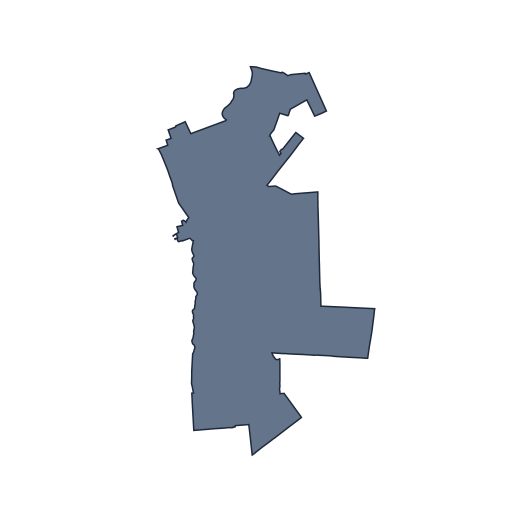 the district of Urziceni, Ialomita, Romania, rotated 135°
{"feature_id": "2599482B56726555182080", "entity_name": "Urziceni", "entity_type": "district", "adm_level": 2, "iso_a3": "ROU", "parent_name": "Romania", "parent_adm1": "Ialomita", "projection": "albers", "projection_center": [26.651, 44.737], "detail": "fine", "context": "isolated", "style": "filled", "palette": "slate", "viewbox_px": 512, "rotation_deg": 135, "n_neighbors": 0, "source": "geoboundaries", "source_scale": "gbopen_adm2", "svg_char_len": 5916}
<svg xmlns="http://www.w3.org/2000/svg" viewBox="0 0 512 512"><g transform="rotate(135 256 256)"><path d="M423.2,176.7L423.3,176.6L419.9,173.8L419.8,173.6L419.6,173.5L413.0,167.9L409.3,164.8L408.1,163.7L407.8,163.5L407.3,163.1L402.6,158.9L395.6,153.0L395.2,152.3L394.0,151.3L393.8,151.1L393.5,151.4L392.4,150.4L392.2,150.3L392.1,150.2L391.8,150.0L391.7,150.0L391.3,150.1L391.2,150.2L390.7,150.8L380.3,141.9L385.2,135.7L386.3,134.3L399.4,118.0L396.4,117.4L395.2,117.4L391.0,116.9L386.7,116.4L385.9,116.3L382.8,115.8L378.0,115.1L373.2,114.5L370.6,114.0L370.3,114.0L368.1,113.7L353.4,111.8L342.6,110.3L338.1,109.7L337.8,110.7L337.3,114.0L333.3,139.0L336.4,141.7L335.6,142.5L335.0,143.2L333.5,145.2L332.6,145.9L331.4,146.8L330.7,147.5L329.4,149.0L328.7,149.7L327.6,150.6L322.2,156.0L315.8,162.4L311.9,166.5L312.0,166.6L312.3,166.7L313.2,167.0L314.0,167.5L314.5,167.9L315.0,168.7L315.0,168.9L315.0,170.1L314.5,172.9L314.2,174.0L313.4,175.8L313.2,176.2L312.8,175.8L306.1,168.1L304.6,166.6L301.2,162.7L298.2,159.4L296.7,157.8L295.9,156.9L295.0,156.0L294.0,154.8L293.0,153.8L292.2,152.9L291.3,151.9L290.9,151.4L290.5,151.0L290.0,150.4L289.5,149.8L288.5,148.7L287.7,147.9L287.2,147.2L286.6,146.5L286.1,146.0L285.3,144.9L284.8,144.4L284.5,144.3L283.8,143.6L283.5,143.3L282.7,142.5L282.1,141.8L279.7,139.1L278.3,137.6L274.6,133.5L273.8,132.5L273.4,132.2L272.9,131.5L272.6,130.9L272.0,130.1L271.2,129.3L270.6,128.5L270.0,127.8L269.2,126.9L268.5,126.2L267.7,125.3L266.8,124.2L265.3,122.5L263.9,121.0L261.1,117.8L258.2,114.6L253.6,109.5L250.7,106.1L249.4,104.7L247.0,106.5L242.1,110.2L240.2,111.6L236.1,114.5L231.6,117.7L227.3,120.8L215.3,130.1L211.7,133.0L209.6,134.6L209.3,134.8L217.3,143.6L226.2,153.4L226.6,153.9L226.8,154.1L230.9,158.6L245.6,174.7L245.2,175.0L243.4,176.9L241.1,179.3L237.1,183.5L233.7,187.4L233.8,187.5L229.5,192.2L229.6,192.3L229.2,192.6L228.0,193.8L226.0,195.9L222.4,199.7L219.8,202.4L212.4,210.2L205.3,217.6L200.8,222.2L198.3,224.9L194.2,229.2L184.8,239.1L178.6,245.7L175.6,248.9L174.2,250.2L172.6,252.0L170.3,254.3L168.3,256.2L167.0,257.6L184.8,272.8L186.1,273.7L187.1,274.7L187.6,275.6L192.5,291.3L193.3,292.2L195.3,293.9L197.9,296.2L198.2,297.5L198.3,298.2L194.1,298.7L190.0,299.2L181.4,300.4L165.7,302.2L164.7,302.3L162.8,302.5L159.7,302.9L155.9,303.4L154.0,303.7L152.3,303.9L147.0,304.7L143.7,305.1L139.6,305.6L139.2,305.6L140.5,315.2L161.7,312.7L162.7,313.4L165.2,313.1L165.8,310.9L168.1,310.6L166.8,314.9L165.1,319.9L163.1,325.6L161.1,330.8L161.0,331.1L161.3,331.3L159.9,331.9L159.6,332.0L157.9,332.2L154.4,332.6L154.1,332.6L150.6,334.3L146.3,336.3L138.3,340.2L134.3,332.7L133.9,332.6L133.4,332.8L127.9,335.5L109.7,330.5L115.6,313.4L109.2,310.7L103.7,308.7L88.7,348.1L92.5,349.7L92.1,350.5L103.1,359.6L106.0,361.0L106.7,365.0L107.6,367.5L108.9,367.9L112.3,373.3L112.8,373.9L119.3,384.3L119.5,384.5L122.1,389.3L125.5,393.3L126.1,393.8L127.6,390.6L128.5,388.8L130.0,387.2L132.4,385.4L133.6,384.7L134.8,383.8L136.9,382.5L139.0,381.9L139.8,381.7L141.2,381.7L142.6,381.7L143.0,381.7L143.7,382.0L145.0,382.6L145.6,383.0L146.2,383.4L147.3,384.4L148.2,385.4L150.7,387.1L152.9,387.8L154.5,388.0L155.9,387.5L156.8,386.9L158.5,384.7L161.4,383.0L163.7,382.8L165.5,382.2L166.7,382.1L167.7,382.1L169.8,382.2L171.3,382.3L173.7,382.7L174.8,382.5L175.5,382.3L177.1,381.9L177.5,381.7L178.4,381.2L179.1,380.7L179.9,379.8L180.5,378.6L180.8,377.5L181.0,376.5L181.0,375.2L180.7,373.2L181.3,373.1L181.7,373.1L215.6,388.6L212.8,396.4L211.1,401.0L220.6,404.7L221.2,404.2L221.5,404.3L221.8,404.3L222.2,404.3L228.9,407.3L232.9,399.2L237.6,401.5L240.1,396.7L249.4,401.1L249.6,401.2L249.3,400.4L251.1,394.9L252.2,392.2L255.8,383.6L257.9,378.8L260.7,373.2L261.2,372.0L263.5,367.1L265.5,364.2L266.1,362.9L269.7,355.5L273.3,348.1L276.4,330.6L278.1,330.5L278.9,330.4L279.4,330.2L281.6,329.4L281.4,330.2L281.6,330.8L281.8,332.0L282.0,332.6L284.0,333.2L286.2,329.5L291.2,332.6L294.1,327.4L294.5,327.5L295.6,327.8L296.8,328.2L297.9,328.5L299.0,328.7L300.4,328.9L300.5,328.6L299.1,328.5L298.3,328.3L297.6,328.1L296.7,327.8L298.5,324.2L299.3,324.7L301.1,325.6L301.4,325.0L300.3,324.7L299.5,324.3L300.7,321.8L300.5,320.7L297.4,319.3L297.6,318.9L296.9,318.4L290.8,315.7L290.7,315.6L290.4,315.2L290.2,314.9L290.1,314.7L290.1,314.3L290.1,313.9L290.1,313.2L290.2,312.2L290.1,311.9L290.0,311.6L289.5,311.1L291.6,309.7L292.9,308.8L296.3,306.5L296.9,305.9L297.6,305.1L298.3,303.7L298.9,302.4L299.2,301.1L299.4,300.8L299.8,300.1L300.1,299.7L300.7,299.6L302.0,299.5L302.7,299.5L302.9,299.3L303.5,298.7L303.8,298.2L304.7,296.6L304.9,295.6L305.6,294.5L306.4,293.8L307.4,293.2L308.8,292.2L310.5,290.7L312.4,289.1L312.9,288.7L313.2,287.9L313.8,286.4L314.1,284.3L314.1,284.0L314.0,283.3L314.1,283.0L314.3,282.5L314.7,281.9L315.3,281.5L315.9,281.3L316.2,281.2L316.8,281.2L317.7,281.2L318.5,280.9L319.2,280.5L320.4,279.4L321.6,278.2L322.3,277.1L322.9,275.3L323.2,273.0L323.2,272.4L323.4,272.0L323.6,271.7L324.3,270.7L324.7,270.3L325.0,270.2L325.6,270.1L327.1,269.9L327.3,269.8L328.3,268.8L328.6,268.5L329.1,268.1L330.9,267.1L331.7,266.3L332.0,265.9L335.2,263.5L335.4,263.3L336.2,262.6L336.8,262.4L339.2,262.4L339.5,262.3L340.4,261.5L340.7,261.1L341.1,260.3L341.4,259.2L341.8,258.5L342.3,258.1L343.4,257.0L344.3,255.9L346.0,255.2L346.7,254.7L347.1,254.1L347.4,253.4L347.7,253.0L347.9,252.5L348.2,252.0L348.6,251.4L349.1,250.5L349.6,249.6L350.0,249.1L351.6,248.0L352.2,247.7L353.6,246.6L354.6,245.4L355.2,244.9L356.8,243.8L358.2,242.8L358.5,242.6L358.8,242.4L359.3,242.2L360.5,241.9L361.0,241.6L361.4,241.2L361.8,240.7L362.3,239.9L362.6,239.3L362.9,238.3L362.7,236.8L362.9,236.3L363.2,235.8L363.4,235.1L363.7,234.7L364.3,234.3L367.9,232.3L368.9,231.9L369.6,231.7L370.0,231.6L373.2,228.7L378.1,224.3L382.0,220.8L382.9,220.0L386.5,216.4L390.3,212.8L391.8,211.4L392.6,210.1L393.2,209.1L394.0,207.9L396.3,204.5L396.9,203.3L397.3,203.5L398.4,204.4L403.3,198.9L403.5,198.8L423.1,176.9L423.2,176.7Z" fill="#64748b" stroke="#1e293b" stroke-width="1.5"/></g></svg>